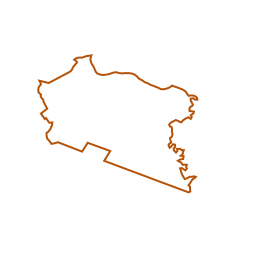 outline of Candelaria, Misiones, Argentina, rotated 59°
{"feature_id": "61730980B89234879698161", "entity_name": "Candelaria", "entity_type": "district", "adm_level": 2, "iso_a3": "ARG", "parent_name": "Argentina", "parent_adm1": "Misiones", "projection": "equal_earth", "projection_center": [-55.57, -27.449], "detail": "fine", "context": "isolated", "style": "outline", "palette": "amber", "viewbox_px": 256, "rotation_deg": 59, "n_neighbors": 0, "source": "geoboundaries", "source_scale": "gbopen_adm2", "svg_char_len": 3309}
<svg xmlns="http://www.w3.org/2000/svg" viewBox="0 0 256 256"><g transform="rotate(59 128 128)"><path d="M212.1,106.2L210.1,105.0L208.2,105.6L207.2,103.1L205.2,99.2L205.3,96.9L204.8,95.1L203.4,96.4L202.6,98.6L201.5,100.5L201.6,102.6L201.1,105.2L201.0,105.6L200.5,105.7L199.0,105.7L196.1,105.6L193.4,105.2L193.2,105.2L191.3,104.5L189.4,104.2L190.0,102.5L190.9,102.1L191.7,101.7L193.8,100.7L193.2,98.5L191.3,98.2L189.9,96.6L188.7,98.1L187.7,100.1L184.8,100.3L183.2,101.4L181.8,102.1L181.8,101.4L181.8,99.7L182.3,98.4L183.0,96.7L180.9,94.9L178.9,97.0L178.7,94.8L176.9,93.1L175.7,91.6L174.7,93.4L172.8,93.9L171.3,96.7L172.3,97.1L173.1,97.4L173.8,99.5L172.5,99.8L170.8,100.2L170.7,100.2L169.0,99.4L168.9,97.5L166.5,96.3L165.2,97.7L165.7,99.4L166.2,100.8L166.4,102.5L163.5,102.1L162.7,100.6L162.8,98.5L160.1,97.9L158.3,97.2L158.0,94.9L156.0,92.8L154.1,92.5L151.5,90.8L149.7,90.1L148.1,91.3L146.2,90.9L145.7,89.1L145.4,87.8L145.6,86.0L145.7,85.7L145.7,83.1L148.0,81.2L149.5,80.4L149.7,80.2L150.6,79.3L149.8,77.1L149.6,74.3L149.6,73.7L149.9,70.7L152.5,69.5L151.3,67.6L149.4,67.6L149.2,64.4L147.9,63.1L146.5,64.7L145.2,66.4L143.3,65.6L142.3,64.2L142.0,63.9L142.0,63.6L142.2,61.5L141.4,60.4L136.8,60.1L135.0,59.1L135.1,58.9L136.2,56.8L137.7,56.1L138.0,56.0L139.4,54.0L137.6,53.3L135.7,53.9L134.1,55.1L132.8,56.6L132.3,57.8L131.6,59.5L131.4,59.5L128.6,59.8L126.7,59.7L124.0,60.9L122.3,62.0L119.8,64.0L119.2,64.4L116.6,66.6L116.3,66.8L114.2,68.6L114.4,69.1L114.6,69.9L114.6,71.2L114.6,71.3L114.5,72.4L114.4,73.0L114.3,73.9L114.1,74.6L113.5,76.6L113.0,77.7L112.4,78.8L111.4,79.9L110.3,80.6L109.2,81.3L108.4,81.9L107.6,82.4L106.6,83.3L105.7,84.0L105.1,84.3L104.6,84.7L103.6,85.7L102.2,86.7L100.0,87.9L98.2,89.3L97.5,90.0L96.8,90.3L95.7,90.7L94.3,91.4L91.5,93.1L90.0,93.5L88.8,93.6L87.8,94.0L87.2,94.2L86.4,94.5L85.6,94.8L84.9,95.5L84.2,95.9L83.6,96.4L82.8,97.2L82.1,98.2L81.3,99.2L80.6,100.5L79.8,101.6L79.1,102.9L78.4,104.3L78.0,105.2L77.3,106.1L76.7,106.9L75.9,107.7L74.6,108.9L74.5,109.1L74.0,109.8L73.4,110.8L73.0,112.2L72.5,114.1L72.3,115.5L71.9,116.8L70.7,120.0L69.9,121.7L69.3,122.5L68.9,123.2L67.7,124.4L66.6,125.4L65.3,126.3L64.1,126.5L63.2,126.7L61.8,126.5L60.3,126.3L57.3,125.9L55.9,126.0L54.6,126.1L53.3,125.9L52.0,125.6L51.1,125.3L49.7,124.8L48.8,124.1L48.1,123.3L47.1,122.4L46.9,122.1L46.7,122.7L46.5,123.2L46.3,123.6L46.2,123.7L45.7,124.9L45.3,125.7L45.0,126.6L44.4,128.8L44.2,130.4L44.1,131.0L43.3,132.2L42.9,132.8L42.0,134.9L41.5,137.2L41.8,138.9L43.6,138.0L45.5,137.9L46.2,140.0L46.9,142.1L47.8,144.2L49.1,145.9L49.9,148.3L49.8,148.9L49.8,150.3L48.6,172.7L41.9,179.6L44.0,179.7L45.0,180.0L45.9,180.3L46.5,182.5L47.7,184.3L49.4,185.4L51.3,186.3L53.1,185.9L54.5,185.4L56.1,186.6L58.0,186.6L59.9,186.1L62.0,186.8L69.8,187.3L70.8,195.2L77.4,194.7L77.2,193.2L82.8,192.8L83.7,191.6L84.2,190.0L86.5,191.6L87.6,193.4L89.0,195.1L90.1,198.1L90.3,200.4L92.5,201.7L95.4,202.7L97.3,202.3L99.2,202.0L101.1,201.8L102.1,201.8L102.7,200.4L103.0,199.6L103.1,199.4L103.6,197.5L104.2,195.3L121.8,181.7L122.1,181.5L124.6,179.5L120.7,171.7L119.9,170.2L136.2,157.0L137.1,156.3L138.6,155.1L143.9,165.3L154.5,156.9L177.7,138.4L178.1,138.1L186.7,131.3L211.5,111.5L212.0,111.1L212.5,110.7L212.9,110.4L213.6,109.8L214.4,109.2L214.4,108.2L214.5,107.3L213.2,106.7L212.1,106.2Z" fill="none" stroke="#b45309" stroke-width="2"/></g></svg>